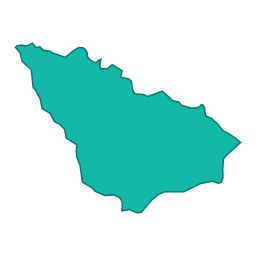 the district of Ouanda-Djallé, Vakaga, Central African Republic
{"feature_id": "33826404B28698929649290", "entity_name": "Ouanda-Djallé", "entity_type": "district", "adm_level": 2, "iso_a3": "CAF", "parent_name": "Central African Republic", "parent_adm1": "Vakaga", "projection": "natural_earth1", "projection_center": [22.364, 9.073], "detail": "fine", "context": "isolated", "style": "filled", "palette": "teal", "viewbox_px": 256, "rotation_deg": 0, "n_neighbors": 0, "source": "geoboundaries", "source_scale": "gbopen_adm2", "svg_char_len": 1316}
<svg xmlns="http://www.w3.org/2000/svg" viewBox="0 0 256 256"><path d="M15.4,47.3L20.0,52.6L20.5,54.6L22.2,61.3L26.4,65.3L31.2,69.6L33.2,87.6L35.7,90.2L40.2,98.9L42.2,108.6L50.0,113.3L54.6,121.7L59.6,124.2L64.6,129.3L66.3,138.1L76.9,144.9L76.3,151.0L76.8,156.9L80.1,165.6L82.4,181.9L86.5,184.7L92.0,187.7L95.2,191.3L105.2,195.6L113.1,195.0L118.8,196.8L121.2,199.8L122.4,203.4L121.9,210.8L129.4,209.6L132.9,211.1L137.3,212.9L141.5,212.2L151.4,200.3L158.7,194.3L164.6,191.8L183.7,191.8L200.6,183.5L212.3,181.2L218.6,183.3L221.1,182.3L223.0,177.7L222.7,169.0L223.5,158.8L226.0,155.6L240.6,142.5L235.1,137.9L226.9,132.6L222.9,130.8L217.6,123.9L210.8,117.9L206.0,116.2L204.8,111.7L204.6,107.7L202.8,104.9L201.3,104.8L199.0,106.9L195.7,107.9L191.6,108.3L183.3,105.7L181.0,105.0L178.9,102.0L172.8,100.8L169.2,97.3L162.2,91.2L149.6,95.9L147.1,96.4L143.9,94.7L139.2,94.0L135.8,94.1L134.0,92.7L132.2,88.6L131.6,84.0L131.5,81.4L129.2,79.2L124.9,78.0L120.6,77.3L122.1,70.7L112.3,64.6L107.4,68.6L101.1,68.8L99.7,66.2L100.2,62.9L100.9,59.3L98.4,60.5L95.9,62.9L93.1,62.0L88.4,58.2L87.1,55.9L87.4,53.1L85.1,49.3L82.9,47.8L78.7,47.6L73.6,50.6L65.3,57.4L57.1,54.5L53.3,53.4L49.8,51.1L43.2,50.3L40.0,46.8L36.1,47.7L32.4,43.1L28.2,45.4L24.7,46.0L21.9,45.0L16.9,45.9L15.4,47.3Z" fill="#14b8a6" stroke="#0f766e" stroke-width="1.5"/></svg>